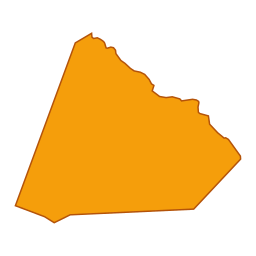 Stephens, Georgia, United States of America (Equal Earth projection)
{"feature_id": "52423323B73153598603118", "entity_name": "Stephens", "entity_type": "district", "adm_level": 2, "iso_a3": "USA", "parent_name": "United States of America", "parent_adm1": "Georgia", "projection": "equal_earth", "projection_center": [-83.254, 34.574], "detail": "fine", "context": "isolated", "style": "filled", "palette": "amber", "viewbox_px": 256, "rotation_deg": 0, "n_neighbors": 0, "source": "geoboundaries", "source_scale": "gbopen_adm2", "svg_char_len": 737}
<svg xmlns="http://www.w3.org/2000/svg" viewBox="0 0 256 256"><path d="M54.2,222.7L70.2,214.8L193.7,209.1L240.6,159.1L240.4,156.1L228.4,139.4L225.7,137.8L224.1,138.1L217.7,132.8L209.6,124.2L208.4,115.9L199.7,113.5L198.4,112.3L198.0,107.0L198.6,104.3L198.9,102.7L198.6,101.4L196.4,100.0L192.6,99.3L181.6,100.9L179.8,98.9L172.3,96.8L166.1,97.6L159.6,96.5L152.2,90.9L153.9,85.6L153.9,85.4L151.5,83.9L149.1,79.4L144.7,74.4L140.3,72.2L134.1,70.9L130.4,68.4L124.9,63.3L120.9,60.5L115.9,53.6L115.5,50.2L113.5,47.7L110.8,47.1L107.4,48.2L106.1,47.9L104.7,43.3L104.2,42.3L102.9,41.0L100.4,39.3L97.3,37.8L93.6,38.5L92.0,37.2L91.8,35.7L91.6,33.3L75.3,42.9L15.4,205.7L44.6,216.7L54.2,222.7Z" fill="#f59e0b" stroke="#b45309" stroke-width="1.5"/></svg>